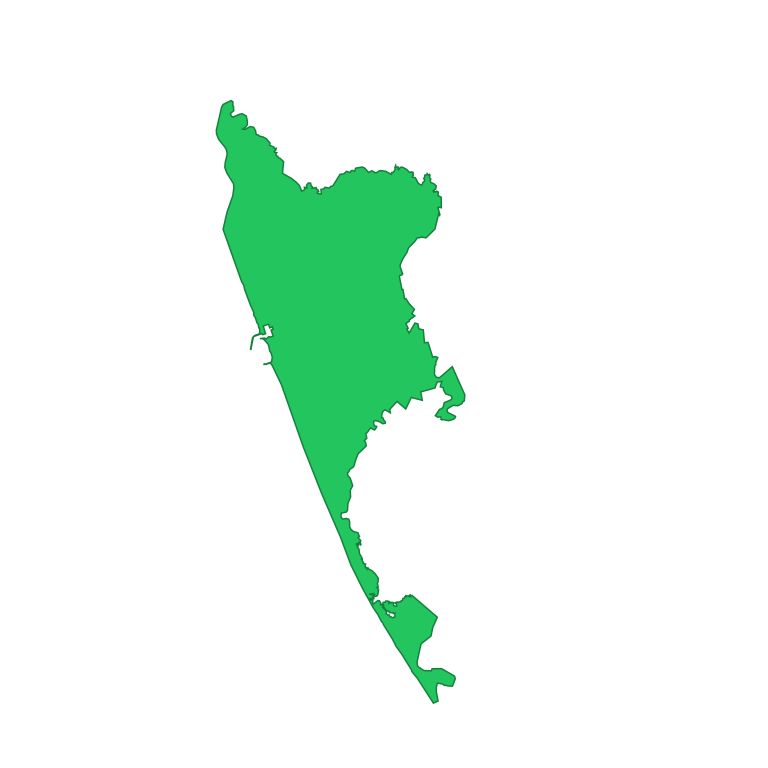 Paraíso, Tabasco, Mexico, rotated 251°
{"feature_id": "50627088B65754879428970", "entity_name": "Paraíso", "entity_type": "district", "adm_level": 2, "iso_a3": "MEX", "parent_name": "Mexico", "parent_adm1": "Tabasco", "projection": "mercator", "projection_center": [-93.279, 18.362], "detail": "fine", "context": "isolated", "style": "filled", "palette": "green", "viewbox_px": 768, "rotation_deg": 251, "n_neighbors": 0, "source": "geoboundaries", "source_scale": "gbopen_adm2", "svg_char_len": 6143}
<svg xmlns="http://www.w3.org/2000/svg" viewBox="0 0 768 768"><g transform="rotate(251 384 384)"><path d="M582.6,282.2L527.6,282.7L522.7,283.5L518.8,283.0L502.2,283.4L493.5,284.2L492.5,283.4L490.3,283.4L488.8,284.0L483.3,283.8L481.5,284.5L477.8,283.9L476.6,284.4L472.7,283.0L471.9,281.9L472.0,277.5L470.7,274.9L460.4,269.1L460.1,269.4L470.7,275.6L471.3,276.5L471.4,284.6L470.1,285.4L470.1,288.4L478.1,288.7L478.1,294.3L474.3,294.2L474.4,297.0L471.7,297.0L471.8,294.8L465.5,294.8L465.2,294.3L465.5,291.6L466.3,290.4L464.9,287.3L466.3,286.1L467.3,281.4L466.6,283.6L465.1,285.0L459.1,287.5L452.2,286.7L450.3,287.3L445.8,287.1L441.4,284.8L441.4,278.2L442.0,277.3L441.6,277.0L441.0,278.6L441.0,283.2L438.2,284.3L416.6,286.8L351.0,287.2L300.7,289.4L253.4,293.0L223.5,293.8L197.4,297.2L175.8,301.0L167.7,303.2L160.4,304.2L158.4,305.2L156.7,305.1L140.1,308.9L131.7,310.1L122.9,312.8L104.7,316.9L102.9,316.8L94.7,319.8L66.2,326.8L66.6,331.9L76.2,333.3L80.7,335.0L83.7,337.1L81.4,341.5L79.1,343.2L79.0,344.5L77.8,345.9L76.0,350.3L82.0,355.4L84.8,355.6L96.1,345.8L99.1,336.8L97.4,335.2L100.1,328.4L106.0,323.9L110.3,324.7L126.2,334.4L130.4,346.4L138.0,350.9L146.1,358.5L174.9,341.7L174.8,340.7L176.1,340.2L175.8,339.0L174.4,339.4L176.8,335.8L176.3,335.2L175.9,335.6L175.9,334.2L174.8,333.5L175.1,332.1L173.4,331.0L173.4,329.5L172.6,329.0L173.1,327.0L172.7,326.4L173.6,325.4L173.7,323.4L173.2,323.2L172.4,324.1L169.8,323.7L170.3,322.2L171.6,321.0L172.9,321.1L173.6,322.0L174.6,321.3L175.1,319.8L174.7,319.0L176.0,318.5L175.2,317.3L176.9,317.7L177.7,316.7L178.2,314.9L177.2,314.0L177.8,312.1L176.6,311.3L175.0,311.7L174.0,311.1L169.5,312.2L167.3,314.7L166.1,314.6L164.8,318.0L163.9,318.1L164.0,319.7L160.3,318.5L160.3,315.9L161.6,314.8L161.8,313.9L164.0,313.7L164.1,312.8L165.9,311.3L167.6,312.2L172.4,310.9L172.0,310.6L173.4,309.8L174.8,310.4L176.2,310.1L176.4,308.9L177.8,309.6L180.6,309.1L181.2,307.6L179.3,302.0L181.0,302.1L183.7,303.3L184.2,301.0L185.8,301.0L184.5,304.5L185.8,304.0L188.5,304.9L190.1,301.4L189.3,305.9L187.9,306.6L186.1,305.0L185.8,308.1L186.7,309.5L191.5,312.0L194.0,310.9L193.8,312.4L197.7,312.8L198.9,314.0L202.2,315.3L207.4,313.9L211.3,311.9L213.7,309.5L215.1,309.1L214.3,308.0L216.1,308.0L216.1,306.9L217.9,306.8L219.7,308.0L221.0,306.0L221.6,306.5L223.6,305.9L225.8,306.5L226.0,305.7L227.4,306.5L231.4,305.6L236.0,306.6L238.1,305.7L238.5,306.3L241.6,305.6L242.3,305.8L239.8,306.3L239.6,306.9L240.9,307.0L240.4,307.5L240.8,308.1L241.8,307.5L242.5,308.9L239.5,309.3L239.7,309.9L241.9,310.0L243.5,311.0L247.3,309.5L247.8,311.1L251.9,310.9L254.4,307.1L257.5,305.3L260.1,305.1L265.7,306.8L267.7,306.6L269.1,304.5L269.7,301.3L271.1,300.2L273.8,300.4L275.8,302.0L275.2,306.6L276.5,308.4L282.8,311.0L288.2,315.7L294.3,317.4L298.1,321.3L305.9,321.4L309.3,320.0L311.9,320.7L312.3,322.0L314.5,324.0L315.2,327.4L316.4,329.0L322.6,333.4L326.5,336.9L331.2,347.1L334.7,347.6L336.9,347.0L338.3,350.1L343.0,350.6L343.7,352.6L346.8,356.9L343.6,360.1L345.2,362.5L346.3,363.3L347.5,361.4L350.2,361.3L352.1,362.3L352.1,364.3L349.6,367.7L346.9,369.8L346.4,372.3L347.8,372.9L350.3,371.9L352.1,372.0L353.0,370.8L356.8,372.5L358.6,374.5L359.2,376.7L354.7,380.6L358.2,381.2L363.2,390.7L353.3,396.4L362.4,405.4L356.1,414.9L364.6,416.2L363.6,430.8L368.5,434.9L367.6,439.4L363.1,436.3L361.2,438.9L358.9,438.4L354.6,439.1L351.3,443.4L349.8,443.9L348.0,443.5L347.2,441.7L346.7,434.9L343.1,432.6L341.9,430.5L341.9,428.2L337.3,422.2L335.2,423.9L334.5,426.8L333.2,427.0L332.2,426.3L331.4,426.7L331.0,428.4L328.3,433.1L328.0,438.2L328.9,440.3L330.1,441.1L336.1,435.2L338.3,434.9L340.0,436.1L341.3,442.4L339.5,446.5L339.5,448.1L340.1,451.2L341.9,453.4L341.8,454.4L347.4,456.9L378.2,454.2L371.9,438.7L373.1,435.8L375.7,435.0L376.9,434.9L384.4,437.8L385.3,439.2L387.7,440.1L391.5,443.5L393.2,441.6L393.6,438.8L409.0,439.2L409.9,435.7L422.4,438.8L424.8,434.9L429.9,435.6L431.5,433.1L424.0,424.3L428.6,423.5L428.8,425.0L434.0,424.4L435.2,428.6L436.4,429.0L438.3,435.3L441.4,433.2L444.6,437.1L451.9,433.8L457.6,432.5L457.8,431.2L467.2,432.7L467.3,431.7L480.4,433.5L481.5,434.3L481.3,436.5L482.0,437.5L489.7,437.4L491.7,438.3L496.1,442.4L500.8,448.4L504.7,451.5L509.1,460.2L511.2,462.7L510.5,467.6L508.5,471.3L513.9,482.6L527.0,491.0L525.3,491.5L526.0,492.0L533.2,492.4L533.5,492.8L532.0,495.6L541.9,498.9L544.7,496.4L547.7,497.9L549.1,496.7L549.0,494.7L549.9,494.2L549.5,493.5L550.6,493.3L551.6,496.4L554.2,497.9L557.0,496.4L559.3,493.9L561.4,493.8L561.9,494.7L562.8,494.9L564.3,494.2L566.6,495.5L567.4,495.3L567.1,493.8L568.9,493.3L568.0,492.5L568.2,490.5L566.3,489.8L565.4,488.4L563.9,488.9L562.6,488.3L562.0,486.4L560.0,485.1L560.0,484.0L562.4,481.8L568.8,480.8L570.4,478.2L571.4,478.6L571.6,479.5L574.5,480.4L575.7,479.0L575.3,478.0L576.6,476.5L579.1,475.6L583.0,472.1L583.5,470.0L581.8,467.5L582.8,467.2L584.5,468.1L585.1,466.1L586.8,466.2L584.8,464.6L583.4,464.5L581.2,462.1L581.5,460.2L579.8,459.3L584.6,454.7L586.7,450.8L587.1,449.1L586.2,445.3L586.7,444.3L589.6,442.0L589.0,438.3L594.4,436.1L596.2,434.1L597.3,427.6L594.7,425.4L596.3,423.5L596.2,422.1L595.0,420.8L597.3,417.7L595.7,414.4L596.6,410.8L587.9,400.0L588.2,398.1L587.1,396.0L589.2,392.2L588.1,390.3L588.5,387.7L584.1,386.7L585.4,383.7L586.2,383.2L587.2,383.2L587.1,384.9L589.0,384.8L590.4,383.5L591.8,383.8L592.4,379.7L593.6,380.5L595.1,379.7L597.9,380.0L598.7,377.7L597.1,375.4L594.4,374.7L595.9,372.8L593.6,372.2L593.0,369.0L599.3,368.6L603.2,366.8L608.3,363.6L616.3,356.6L626.9,361.5L631.4,359.1L632.3,357.7L633.7,357.8L634.8,356.6L636.6,356.5L637.6,357.9L638.8,355.9L639.6,355.9L640.5,358.0L642.0,358.8L642.1,357.1L644.1,356.9L646.9,353.5L649.0,354.7L654.3,352.5L657.1,349.9L658.8,347.1L660.5,346.1L661.3,344.4L665.5,345.0L669.3,344.3L671.0,341.1L669.9,335.4L671.0,333.4L672.1,337.1L673.7,339.2L677.0,340.4L682.3,341.0L685.7,338.0L686.1,335.2L685.5,328.1L687.0,326.9L689.7,326.8L691.3,330.9L695.6,332.1L696.3,331.6L699.9,333.0L701.8,331.7L700.7,323.0L698.6,320.6L678.6,308.1L675.1,307.1L669.1,307.3L659.4,310.8L656.5,311.3L652.3,310.5L645.0,305.9L640.6,304.0L634.8,304.1L622.4,306.9L618.4,305.9L611.2,302.3L597.7,291.6L582.6,282.2Z" fill="#22c55e" stroke="#15803d" stroke-width="1.5"/></g></svg>